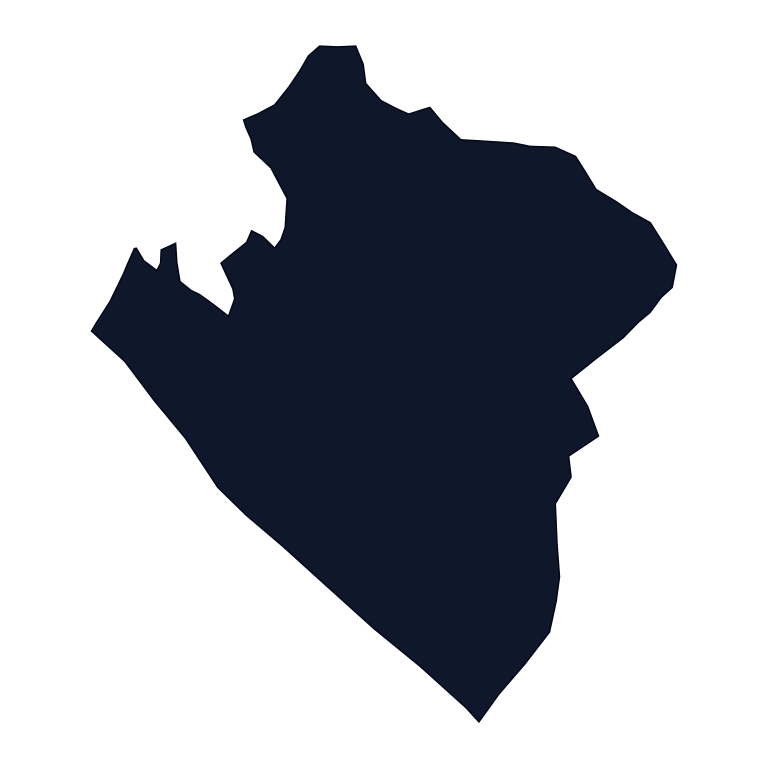 Al-Samawa, Al-Muthannia, Iraq
{"feature_id": "34846034B29652817116796", "entity_name": "Al-Samawa", "entity_type": "district", "adm_level": 2, "iso_a3": "IRQ", "parent_name": "Iraq", "parent_adm1": "Al-Muthannia", "projection": "equal_earth", "projection_center": [45.309, 31.221], "detail": "fine", "context": "isolated", "style": "filled", "palette": "ink", "viewbox_px": 768, "rotation_deg": 0, "n_neighbors": 0, "source": "geoboundaries", "source_scale": "gbopen_adm2", "svg_char_len": 1297}
<svg xmlns="http://www.w3.org/2000/svg" viewBox="0 0 768 768"><path d="M642.9,218.6L632.3,212.8L616.7,202.0L596.1,189.5L585.5,172.1L575.5,156.4L555.0,147.2L530.1,146.4L513.9,143.1L487.7,141.4L460.9,139.8L442.3,122.4L429.8,107.4L408.6,114.1L397.4,109.1L381.2,100.8L365.7,83.4L363.2,64.3L355.7,46.1L337.6,46.9L319.6,46.1L308.4,56.0L299.7,71.0L289.1,86.7L274.7,104.9L257.3,114.1L243.6,119.9L246.0,127.6L251.0,138.7L254.1,152.0L270.9,167.8L287.1,198.5L285.2,227.5L280.9,239.9L274.6,248.2L262.8,236.6L251.6,230.8L246.6,242.4L231.0,254.9L221.0,263.2L232.9,288.9L234.7,298.8L228.5,316.3L213.6,304.7L199.8,294.7L191.1,290.5L179.9,281.4L176.8,262.3L175.6,243.3L161.2,249.9L160.6,263.2L156.9,270.6L143.8,260.7L136.3,248.2L134.3,248.6L133.3,251.0L127.6,263.9L123.5,273.8L109.9,301.7L96.3,323.0L91.5,331.1L92.4,331.9L124.8,361.4L154.4,400.8L185.4,438.2L217.8,487.4L245.9,514.9L282.9,546.4L324.2,583.8L362.8,618.6L374.5,629.1L420.3,666.5L466.2,707.9L478.9,721.9L481.4,718.5L498.8,694.2L524.6,664.3L549.5,632.1L556.2,601.1L559.5,576.8L557.0,543.5L555.3,503.7L571.1,477.1L568.6,456.1L598.5,436.1L587.6,406.3L571.0,378.6L595.9,358.7L623.3,337.6L638.3,322.2L650.0,312.5L656.4,303.9L661.1,297.4L672.2,287.4L676.5,265.0L663.4,243.5L650.3,222.7L642.9,218.6Z" fill="#0f172a" stroke="#020617" stroke-width="1.5"/></svg>